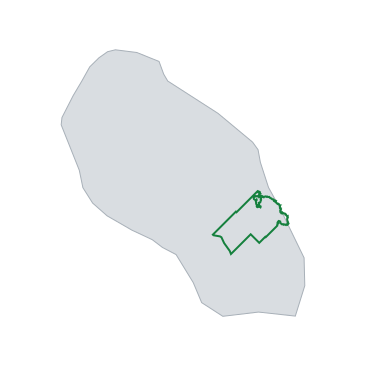 73, Ar Rayyān, Qatar (highlighted), rotated 135°
{"feature_id": "91078587B33419778787215", "entity_name": "73", "entity_type": "district", "adm_level": 2, "iso_a3": "QAT", "parent_name": "Qatar", "parent_adm1": "Ar Rayyān", "projection": "mercator", "projection_center": [50.94, 25.696], "detail": "fine", "context": "in_parent", "style": "outline", "palette": "green", "viewbox_px": 384, "rotation_deg": 135, "n_neighbors": 0, "source": "geoboundaries", "source_scale": "gbopen_adm2", "svg_char_len": 5371}
<svg xmlns="http://www.w3.org/2000/svg" viewBox="0 0 384 384"><g transform="rotate(135 192 192)"><path d="M207.8,344.2L191.3,348.4L175.8,352.8L162.9,352.7L152.5,350.9L145.6,346.7L132.4,329.7L123.0,307.6L128.7,295.3L130.7,287.6L118.0,229.2L113.9,184.4L115.4,175.2L122.7,164.6L134.7,141.1L141.2,118.5L159.3,66.2L178.5,46.0L206.7,31.2L229.9,60.1L258.1,82.3L263.4,106.9L255.2,127.0L247.5,159.0L252.1,173.6L253.8,186.3L261.5,207.6L268.9,235.2L270.1,254.4L266.1,272.2L256.3,287.1L237.0,332.0L231.3,336.6L207.8,344.2Z" fill="#d9dde1" stroke="#a8b0b8" stroke-width="1"/><path d="M155.6,107.9L155.4,108.2L155.1,108.2L155.0,108.3L155.0,108.5L154.3,108.8L154.0,108.8L154.0,109.0L153.8,109.0L153.6,109.1L153.0,109.1L153.0,109.4L153.1,109.5L152.9,109.8L152.9,110.0L151.8,110.2L151.5,110.1L151.4,110.2L151.2,110.2L151.1,109.9L150.8,109.9L150.7,110.1L150.7,109.3L150.7,109.2L150.5,108.8L150.7,108.6L150.9,108.1L151.0,108.0L151.1,107.8L151.4,107.7L151.5,107.1L151.2,106.1L151.3,106.1L151.3,105.7L151.1,105.6L150.9,105.3L150.8,105.1L150.5,105.0L150.4,104.9L150.4,104.7L150.5,104.6L150.5,104.4L150.3,104.4L150.3,104.2L149.9,104.1L149.8,103.7L149.4,103.5L149.2,102.8L149.1,102.6L148.8,102.6L148.3,102.5L148.2,102.4L148.3,102.2L148.1,102.2L147.9,101.5L147.6,101.5L147.6,101.4L146.5,101.4L146.3,101.5L146.3,101.4L146.1,101.4L146.0,101.6L145.9,102.1L145.7,102.3L145.5,102.7L145.4,102.8L145.3,103.1L145.5,103.1L145.4,103.2L145.3,103.3L145.2,103.4L145.2,103.6L145.1,103.8L144.9,104.3L144.7,104.4L144.6,104.5L144.3,105.0L144.0,105.5L143.0,105.9L143.0,106.0L142.9,106.0L142.7,106.1L142.7,106.3L142.1,106.4L142.1,106.6L141.9,106.8L142.0,106.8L142.1,107.0L141.9,107.2L141.8,107.3L141.7,107.7L141.9,107.8L141.9,108.0L141.7,108.0L141.8,108.2L141.8,108.3L141.8,108.8L141.8,109.1L141.6,109.1L141.5,109.4L141.5,109.7L141.7,109.9L141.5,110.0L141.4,110.2L141.4,110.3L141.6,110.3L141.6,110.7L141.9,111.5L142.2,112.1L142.3,112.1L142.5,112.2L142.4,112.3L142.5,112.4L142.5,112.9L143.0,113.0L143.1,113.3L142.9,113.7L143.0,113.7L143.0,113.9L143.8,113.9L143.7,114.3L143.4,114.3L143.5,114.6L143.8,114.7L143.8,114.8L143.6,114.9L143.5,115.0L143.6,115.5L143.4,115.7L143.2,116.0L143.0,115.9L142.9,116.1L142.6,116.2L142.6,116.4L142.5,116.6L142.4,116.6L142.2,116.8L141.8,116.9L141.5,116.9L141.5,117.1L141.1,117.3L140.9,117.6L141.0,117.8L140.8,117.8L140.9,118.1L140.9,118.6L140.7,118.8L140.7,119.0L140.4,119.2L140.1,119.4L139.9,119.9L139.6,120.2L139.6,120.3L139.4,120.3L139.5,120.4L139.2,120.9L139.2,121.5L139.1,121.9L139.2,122.2L139.2,122.4L139.2,122.6L139.4,122.7L139.7,122.8L139.7,123.0L139.9,123.1L139.9,123.4L140.0,123.5L140.0,123.9L139.9,124.4L140.0,124.4L140.0,124.8L140.0,125.0L140.0,125.6L140.1,126.0L140.1,126.3L140.0,126.5L139.9,126.5L140.0,126.6L140.2,127.1L140.3,127.4L140.4,127.7L140.3,127.8L140.1,127.9L140.1,128.2L140.0,128.4L139.8,128.3L139.9,128.5L139.9,128.8L139.8,129.1L139.7,129.1L139.7,129.3L139.8,129.4L139.9,129.6L140.1,129.7L140.4,130.0L140.5,130.8L140.4,131.2L140.6,131.4L140.6,131.8L140.7,132.1L140.8,132.1L141.0,132.5L140.9,132.8L140.9,133.7L141.1,133.7L141.4,134.3L141.6,134.5L141.8,135.3L142.3,135.4L142.3,135.6L142.5,135.8L142.7,136.3L142.8,136.3L142.8,136.5L143.1,136.7L143.1,136.9L143.2,137.0L143.7,137.2L143.9,137.3L144.1,137.5L144.4,137.5L144.6,137.8L145.1,137.6L145.2,137.8L145.3,138.0L145.3,138.3L145.5,138.4L145.6,138.7L145.5,138.9L146.6,139.1L146.8,139.2L147.1,139.4L147.1,139.2L147.5,138.9L148.0,138.4L148.3,138.4L148.6,138.2L148.8,138.1L148.8,137.5L149.0,137.4L149.8,137.1L150.1,136.9L150.5,136.7L151.1,136.4L151.4,136.5L151.6,136.8L152.3,137.1L152.4,136.9L152.7,136.7L152.9,136.4L153.2,136.3L153.3,136.0L153.6,135.9L153.7,135.2L153.9,135.2L153.8,134.8L153.9,134.6L154.2,134.3L154.2,134.1L154.2,133.6L153.9,133.4L153.9,133.0L154.1,132.9L154.2,133.1L154.4,133.0L154.4,133.3L154.2,133.2L154.1,133.3L154.4,133.4L154.4,133.7L154.8,133.8L154.9,134.4L155.0,134.8L155.6,134.7L155.7,135.3L156.0,135.5L156.0,134.6L156.1,134.8L156.5,135.0L156.6,135.4L156.5,135.9L156.3,136.1L156.2,136.1L156.0,136.3L155.7,136.4L155.5,136.5L155.0,136.6L155.2,137.2L155.2,137.8L154.8,138.5L154.3,139.1L154.0,139.3L153.9,139.5L153.7,140.0L153.4,140.4L152.9,140.5L152.7,140.5L152.3,140.4L152.0,140.6L152.2,140.9L152.1,141.0L152.3,141.0L152.5,141.2L152.5,141.4L152.3,141.4L152.6,141.4L152.8,141.5L153.1,142.3L153.2,143.3L153.0,143.7L152.7,144.0L152.1,144.4L151.9,144.4L151.9,144.5L151.7,144.5L151.4,144.7L151.2,144.8L150.8,144.8L150.8,145.0L150.4,144.9L150.1,144.6L150.0,144.1L150.0,143.9L149.8,143.8L149.8,143.7L149.5,143.7L149.2,143.4L149.1,143.0L148.8,142.8L148.7,142.8L148.6,142.5L148.3,142.3L148.3,142.2L148.2,142.0L148.2,141.6L148.3,140.9L148.1,140.9L148.1,141.2L147.8,141.1L147.7,140.8L147.8,141.2L148.0,141.4L147.9,142.2L147.6,142.3L147.6,142.2L147.0,142.2L146.9,142.0L146.7,142.0L146.6,141.5L146.7,141.1L146.3,141.1L146.2,141.2L145.9,141.1L146.0,141.4L146.1,141.5L146.4,141.7L146.5,142.0L146.4,142.4L146.2,142.7L146.0,142.9L145.9,143.0L145.7,143.3L145.4,143.3L145.1,143.5L145.1,143.4L145.0,143.5L144.9,143.4L144.9,143.6L144.5,143.7L144.5,143.8L144.5,144.0L144.4,144.0L144.1,144.0L144.1,144.4L144.2,144.5L144.4,144.5L144.7,144.8L144.6,145.3L145.2,145.4L145.1,145.6L145.1,146.2L174.9,146.2L174.9,147.1L207.4,147.1L207.4,146.2L203.6,140.8L203.2,139.2L205.4,133.2L207.0,123.6L208.3,120.6L180.4,120.6L180.4,108.5L171.8,108.5L171.8,107.9L155.6,107.9Z" fill="none" stroke="#15803d" stroke-width="2"/></g></svg>